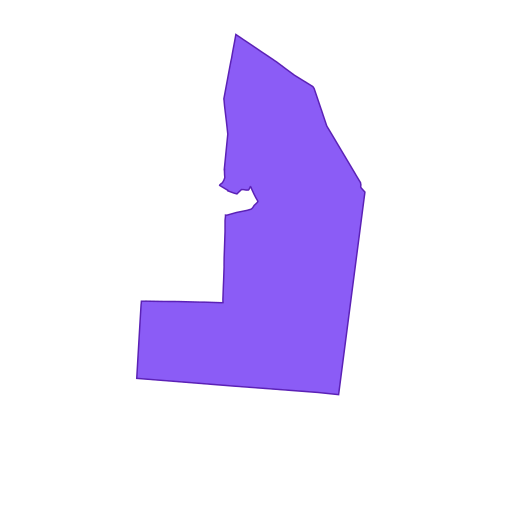 Abu Kamal, Dayr Az Zawr, Syria, rotated 307°
{"feature_id": "27442178B22276011833046", "entity_name": "Abu Kamal", "entity_type": "district", "adm_level": 2, "iso_a3": "SYR", "parent_name": "Syria", "parent_adm1": "Dayr Az Zawr", "projection": "albers", "projection_center": [40.768, 34.588], "detail": "fine", "context": "isolated", "style": "filled", "palette": "violet", "viewbox_px": 512, "rotation_deg": 307, "n_neighbors": 0, "source": "geoboundaries", "source_scale": "gbopen_adm2", "svg_char_len": 1886}
<svg xmlns="http://www.w3.org/2000/svg" viewBox="0 0 512 512"><g transform="rotate(307 256 256)"><path d="M195.0,405.4L369.1,306.5L370.2,305.9L372.6,304.5L373.7,298.9L373.8,298.7L374.0,298.4L374.2,298.0L374.9,297.6L376.1,296.8L376.4,296.4L377.5,295.3L380.8,287.1L381.2,286.2L381.7,285.0L395.4,251.5L397.5,246.4L398.4,244.2L398.6,243.7L402.4,234.3L408.7,225.1L412.1,220.2L412.4,219.7L424.7,201.7L425.1,200.7L425.5,199.5L425.0,193.7L424.4,187.6L424.0,183.1L423.5,177.9L423.4,166.6L423.4,159.4L423.4,155.6L423.2,152.6L423.2,151.4L422.4,137.7L421.6,121.6L421.2,115.2L421.2,114.5L421.1,112.3L421.1,111.9L421.0,110.7L420.8,106.6L413.9,110.1L405.2,114.4L400.7,116.7L400.4,116.9L400.1,117.0L399.6,117.3L399.4,117.4L396.5,118.7L390.4,121.7L368.9,132.4L362.1,135.8L361.2,136.7L357.1,140.4L345.2,151.8L336.4,160.1L308.8,176.9L306.0,178.6L306.2,178.8L305.1,179.5L302.0,182.0L300.0,183.8L299.8,183.9L299.2,184.1L298.6,184.3L297.6,184.6L296.7,184.8L294.3,185.1L293.2,184.8L292.5,184.6L292.2,184.5L291.0,184.3L290.5,184.5L291.5,194.1L291.1,194.3L291.9,197.1L293.0,200.6L293.3,201.4L294.0,203.1L294.1,203.4L295.5,203.6L296.8,203.8L299.0,204.2L300.3,204.4L301.1,205.5L301.6,206.2L302.7,208.4L304.2,210.3L306.0,210.2L306.3,210.1L307.4,209.9L307.9,209.8L307.9,210.2L308.0,210.6L307.7,211.0L307.1,211.9L306.5,212.9L304.2,217.2L302.5,220.7L300.9,224.5L300.7,224.5L300.3,224.8L298.8,224.7L297.0,224.4L295.3,224.1L292.9,224.3L292.2,224.3L290.6,224.0L287.2,221.5L281.9,216.8L279.1,214.3L271.1,208.2L270.3,207.0L269.4,207.7L265.9,209.8L256.7,216.7L235.3,231.7L229.2,236.2L228.7,236.6L228.2,237.0L217.2,244.7L212.4,248.0L201.4,255.7L198.9,257.7L197.8,256.4L188.6,243.3L185.2,238.7L178.3,229.0L172.4,220.7L164.1,209.6L154.0,195.7L151.7,192.7L150.9,191.7L148.9,193.0L148.3,193.3L128.1,206.7L105.4,221.8L86.5,234.4L139.2,317.3L184.3,387.6L195.0,405.4Z" fill="#8b5cf6" stroke="#5b21b6" stroke-width="1.5"/></g></svg>